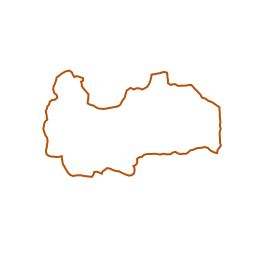 Guararema, São Paulo, Brazil (orthographic projection), rotated 125°
{"feature_id": "56859067B30349189053910", "entity_name": "Guararema", "entity_type": "district", "adm_level": 2, "iso_a3": "BRA", "parent_name": "Brazil", "parent_adm1": "São Paulo", "projection": "orthographic", "projection_center": [-46.062, -23.425], "detail": "fine", "context": "isolated", "style": "outline", "palette": "amber", "viewbox_px": 256, "rotation_deg": 125, "n_neighbors": 0, "source": "geoboundaries", "source_scale": "gbopen_adm2", "svg_char_len": 2403}
<svg xmlns="http://www.w3.org/2000/svg" viewBox="0 0 256 256"><g transform="rotate(125 128 128)"><path d="M172.1,199.3L174.7,197.9L177.2,197.0L179.1,194.6L181.3,191.6L182.4,188.6L185.1,186.2L188.1,184.7L191.0,183.2L193.5,182.4L196.1,179.9L196.3,177.2L195.4,174.5L193.8,171.9L192.8,169.9L191.2,167.9L189.1,166.1L190.9,164.5L193.0,162.6L195.0,160.5L195.9,158.3L197.3,155.7L199.0,151.5L199.6,148.5L198.8,145.4L196.4,143.1L193.9,139.7L192.4,136.3L190.5,132.8L188.7,129.5L185.8,129.6L183.4,130.4L181.6,128.3L181.1,126.1L180.5,123.3L178.4,123.9L176.0,123.1L172.7,122.0L171.5,119.1L171.1,116.3L170.0,112.9L168.7,110.8L168.2,107.4L167.4,103.1L166.3,99.6L164.4,97.8L161.7,97.0L159.1,98.2L157.2,99.7L155.9,101.8L154.3,100.5L151.2,100.5L147.9,102.9L145.3,101.9L143.9,100.2L141.1,99.6L138.7,97.8L136.9,95.4L135.0,92.9L133.2,90.5L131.5,86.7L128.8,84.3L127.2,80.9L125.0,78.1L122.7,77.4L120.4,75.6L120.2,72.8L119.4,70.1L117.4,68.0L115.9,65.7L113.9,64.8L110.7,64.2L107.9,61.7L105.3,60.2L103.8,58.5L101.9,56.3L99.6,54.3L98.5,50.9L99.1,48.5L98.9,46.0L98.7,43.8L97.5,40.6L94.8,41.9L92.1,41.9L89.1,41.9L87.1,44.3L84.7,46.0L82.4,47.8L80.8,49.2L78.7,50.6L75.4,51.6L73.7,53.9L71.6,55.0L69.9,55.9L67.2,58.2L65.4,59.9L63.0,61.4L60.9,63.3L58.5,65.1L58.6,68.0L58.6,70.9L58.6,73.2L59.0,75.3L59.7,78.0L59.5,81.3L60.7,85.0L59.3,87.3L58.8,89.4L58.0,92.7L57.7,95.6L57.0,97.8L56.4,100.7L58.2,103.1L60.2,105.1L61.9,107.5L63.6,109.5L64.9,111.6L65.1,114.7L66.5,116.3L68.2,117.7L68.3,121.0L65.5,123.0L64.0,124.7L62.3,125.9L60.3,127.8L61.6,130.9L63.6,132.4L65.7,134.2L70.8,139.3L73.0,138.2L75.4,137.2L78.6,136.2L81.3,135.9L83.4,135.9L86.1,137.2L88.3,138.4L88.9,141.1L90.6,143.9L93.0,145.2L93.8,149.1L95.9,149.7L98.0,150.6L100.3,149.8L102.5,149.1L105.1,148.1L108.0,148.3L111.0,148.0L113.3,147.7L115.4,148.3L117.4,149.9L126.3,158.7L127.7,161.2L128.8,163.1L129.4,165.9L129.4,169.3L130.5,171.6L131.0,175.1L129.2,176.3L126.7,177.4L123.0,179.8L122.1,183.5L121.3,186.8L120.2,189.8L118.2,191.4L117.0,193.1L115.0,191.9L113.0,193.4L114.0,197.3L115.1,200.0L117.1,201.2L116.2,203.3L114.6,205.9L114.6,209.0L117.4,211.6L120.2,212.9L122.4,213.8L124.9,214.5L127.4,215.4L130.6,214.2L133.8,213.2L136.0,213.0L139.1,211.6L141.6,208.6L141.9,205.4L143.6,203.3L146.8,204.1L148.5,206.2L151.4,207.2L154.2,206.0L156.3,206.4L158.5,205.6L161.8,204.8L164.0,202.1L166.1,200.5L167.5,198.8L169.5,199.5L172.1,199.3Z" fill="none" stroke="#b45309" stroke-width="2"/></g></svg>